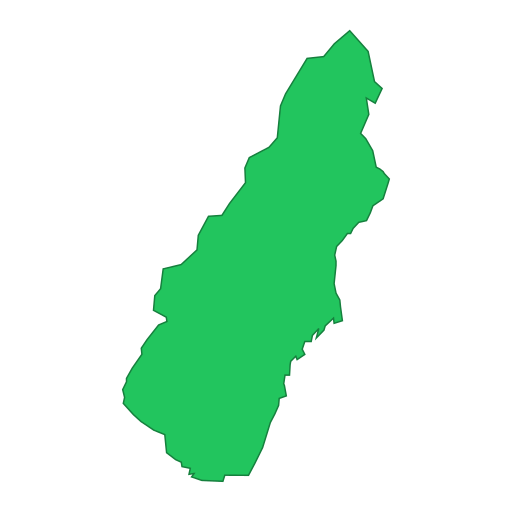 the district of Malësi e Madhe, Shkodër, Albania
{"feature_id": "67620474B62137861373373", "entity_name": "Malësi e Madhe", "entity_type": "district", "adm_level": 2, "iso_a3": "ALB", "parent_name": "Albania", "parent_adm1": "Shkodër", "projection": "albers", "projection_center": [19.601, 42.395], "detail": "fine", "context": "isolated", "style": "filled", "palette": "green", "viewbox_px": 512, "rotation_deg": 0, "n_neighbors": 0, "source": "geoboundaries", "source_scale": "gbopen_adm2", "svg_char_len": 1491}
<svg xmlns="http://www.w3.org/2000/svg" viewBox="0 0 512 512"><path d="M389.3,179.0L384.3,173.6L383.1,171.6L379.8,169.0L376.2,167.2L372.7,150.7L365.7,138.6L360.6,133.4L368.8,114.4L366.3,98.0L375.2,103.2L382.1,88.5L374.5,81.6L368.1,51.4L349.7,30.7L334.4,43.7L323.7,56.6L307.1,58.4L285.6,93.8L280.5,105.9L277.3,137.8L269.0,147.3L249.3,157.6L244.9,168.0L245.5,182.7L229.6,203.4L221.9,215.4L208.5,216.3L198.3,235.3L197.0,249.9L181.1,264.6L163.2,268.9L160.6,288.7L154.8,295.6L153.5,310.3L166.3,317.2L166.9,321.5L158.6,325.0L147.1,339.6L141.3,348.2L141.9,354.3L132.3,368.1L126.5,378.4L126.5,381.8L122.7,389.6L124.6,397.4L123.3,403.4L133.5,414.7L141.1,421.6L153.9,430.2L164.8,434.6L166.6,452.7L175.6,459.6L181.3,462.2L182.0,466.6L190.3,468.3L189.0,474.3L193.8,473.5L194.1,473.5L191.6,476.9L201.8,480.4L222.9,481.3L224.8,475.2L248.5,475.3L254.9,463.2L262.6,447.6L267.1,433.0L270.3,422.6L274.8,414.0L278.6,405.4L279.2,398.4L286.3,395.9L284.4,385.5L283.7,383.8L285.0,375.1L289.5,375.1L290.1,364.8L290.7,361.3L295.8,356.2L297.1,359.6L304.8,354.4L302.2,349.2L304.8,341.5L311.2,341.5L312.4,335.4L318.8,328.5L316.3,338.0L323.9,330.2L325.2,325.9L333.5,318.1L334.1,323.3L342.4,320.7L340.5,306.9L339.8,300.0L336.0,293.1L334.1,283.6L336.0,265.5L336.0,261.4L336.0,261.2L334.7,255.1L336.6,246.5L342.3,240.5L347.4,233.5L350.6,233.5L353.1,228.4L358.8,222.3L362.6,221.5L366.5,220.6L370.3,212.8L372.7,206.3L373.0,205.7L383.1,198.8L388.1,183.1L389.3,179.0Z" fill="#22c55e" stroke="#15803d" stroke-width="1.5"/></svg>